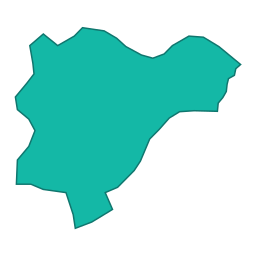 Pera, Nicosia, Cyprus
{"feature_id": "46923920B36351356920234", "entity_name": "Pera", "entity_type": "district", "adm_level": 2, "iso_a3": "CYP", "parent_name": "Cyprus", "parent_adm1": "Nicosia", "projection": "natural_earth1", "projection_center": [33.279, 35.026], "detail": "fine", "context": "isolated", "style": "filled", "palette": "teal", "viewbox_px": 256, "rotation_deg": 0, "n_neighbors": 0, "source": "geoboundaries", "source_scale": "gbopen_adm2", "svg_char_len": 696}
<svg xmlns="http://www.w3.org/2000/svg" viewBox="0 0 256 256"><path d="M240.6,64.5L218.9,46.6L203.4,37.2L188.9,36.1L172.4,45.6L164.1,54.0L152.8,58.2L141.4,55.0L125.9,46.6L116.6,38.2L104.2,30.9L82.5,27.7L74.3,36.1L57.7,45.6L43.3,34.0L29.8,45.6L32.9,63.4L34.0,73.9L26.7,83.4L15.4,97.0L17.4,109.6L28.8,119.1L35.0,130.6L28.8,146.4L17.4,160.0L16.4,184.2L30.9,184.2L43.2,189.4L66.0,192.6L73.2,214.6L75.3,228.3L91.8,222.0L112.5,209.4L105.2,192.6L117.6,187.3L134.2,170.5L140.4,161.1L149.7,139.0L159.0,129.6L169.3,118.0L179.6,111.7L194.1,110.7L217.4,111.3L218.2,103.1L222.8,97.6L226.3,91.5L227.1,84.3L228.5,78.6L234.4,75.3L235.8,68.7L240.6,64.5Z" fill="#14b8a6" stroke="#0f766e" stroke-width="1.5"/></svg>